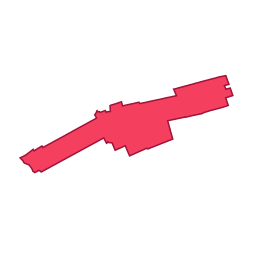 the district of Cuza Voda, Calarasi, Romania, rotated 66°
{"feature_id": "2599482B12109110667072", "entity_name": "Cuza Voda", "entity_type": "district", "adm_level": 2, "iso_a3": "ROU", "parent_name": "Romania", "parent_adm1": "Calarasi", "projection": "robinson", "projection_center": [27.269, 44.268], "detail": "fine", "context": "isolated", "style": "filled", "palette": "rose", "viewbox_px": 256, "rotation_deg": 66, "n_neighbors": 0, "source": "geoboundaries", "source_scale": "gbopen_adm2", "svg_char_len": 4930}
<svg xmlns="http://www.w3.org/2000/svg" viewBox="0 0 256 256"><g transform="rotate(66 128 128)"><path d="M156.4,91.7L155.6,91.5L154.1,91.3L149.9,90.7L148.0,90.5L147.3,90.3L147.1,90.3L146.9,90.3L146.8,90.2L146.7,90.1L146.4,90.1L144.8,89.9L144.0,89.8L142.0,89.5L140.8,89.3L139.6,89.1L138.6,89.0L137.5,88.8L140.0,77.2L140.7,73.9L141.3,71.2L141.5,71.2L141.9,69.3L142.8,64.5L144.5,56.6L144.9,55.0L144.9,54.9L144.8,51.7L144.9,51.0L145.1,49.8L145.2,49.0L145.3,48.0L145.5,46.1L145.7,45.1L145.9,43.6L146.3,41.5L146.8,38.0L147.1,36.7L147.2,35.8L147.3,34.8L147.5,33.8L147.6,33.0L147.7,31.9L147.8,30.8L147.9,30.2L148.0,28.7L148.1,28.0L148.2,27.2L147.0,27.1L145.6,27.0L144.4,26.9L143.8,26.8L142.6,26.7L141.9,26.6L141.0,26.6L140.6,26.5L140.2,26.5L140.3,25.2L140.4,24.2L140.5,23.6L140.6,23.2L140.6,22.9L140.4,22.7L140.5,22.1L140.7,21.2L140.8,20.5L141.0,19.4L141.0,19.0L139.4,18.9L138.2,18.8L134.6,18.5L133.1,18.3L132.9,19.5L132.7,20.7L132.4,21.9L132.3,22.8L131.3,22.8L130.3,22.7L129.3,22.7L128.4,22.7L128.6,21.7L128.7,20.8L129.0,19.4L129.1,18.6L129.2,18.0L124.3,17.7L120.0,17.3L119.9,17.4L119.6,18.8L119.2,20.4L118.7,22.7L118.5,23.5L118.4,24.3L118.2,25.4L117.9,27.7L117.7,28.9L117.6,29.6L117.4,30.6L117.3,31.4L117.1,32.0L117.0,33.2L116.8,34.1L116.8,34.5L116.6,35.6L116.0,39.1L115.3,43.7L114.5,48.7L114.3,50.3L114.1,51.7L113.8,53.5L113.7,53.8L113.6,54.7L113.5,55.4L113.3,56.8L113.0,58.6L112.8,59.5L112.8,60.0L112.7,60.5L112.6,61.3L112.4,62.2L112.3,63.1L112.2,63.5L112.1,64.4L112.0,64.8L111.9,65.4L111.8,66.3L111.7,67.1L111.6,67.6L111.5,68.4L111.4,69.1L111.3,69.6L111.2,70.3L111.1,70.5L118.2,70.6L117.3,74.7L116.8,77.3L116.2,79.8L115.6,82.9L114.9,86.5L113.9,91.0L113.2,94.4L112.6,96.9L112.3,98.9L111.9,100.8L111.6,102.2L111.2,103.8L110.6,107.0L110.4,107.3L109.6,107.3L109.4,107.3L109.2,107.3L109.0,107.5L108.9,107.6L108.6,109.1L108.4,110.2L108.1,111.5L107.9,112.8L107.7,113.9L107.3,115.5L106.8,117.8L106.1,121.4L105.6,124.0L101.4,123.3L101.1,126.2L100.9,128.5L100.9,129.2L100.8,129.8L100.6,131.2L100.6,131.3L100.4,133.0L100.2,134.2L100.2,134.3L100.2,135.1L100.2,135.3L101.5,135.8L103.5,136.6L105.7,137.4L105.7,137.7L105.3,138.7L104.8,140.0L104.6,141.2L104.7,141.4L104.8,141.6L102.8,141.6L102.7,143.0L102.6,144.5L102.5,145.6L102.4,147.1L101.6,147.4L101.3,147.5L101.3,148.1L101.2,148.4L99.8,149.3L99.6,149.3L99.7,149.5L100.2,150.0L100.5,149.8L100.8,150.2L101.2,151.1L101.7,151.9L102.4,153.0L102.9,153.0L105.0,152.8L106.1,152.7L106.3,153.9L106.4,155.6L106.6,157.1L106.6,158.4L106.7,159.0L106.7,159.8L106.9,161.3L106.9,161.7L107.0,162.7L107.1,163.7L107.2,164.8L107.3,166.1L107.3,166.8L107.4,168.0L107.5,168.6L107.6,169.6L107.6,170.4L107.9,173.8L108.1,176.0L108.3,178.3L108.3,178.8L108.5,180.8L108.6,181.2L108.9,185.4L109.1,187.6L109.2,188.2L109.4,191.2L109.6,193.2L109.6,194.1L109.8,195.9L110.0,199.2L110.3,202.3L110.3,203.0L110.5,204.5L110.6,206.3L110.6,206.6L110.9,209.9L111.0,211.6L111.0,212.7L111.1,213.8L109.4,213.9L109.9,217.8L110.4,221.6L110.7,223.1L108.9,223.3L109.6,226.0L111.0,232.0L111.2,233.6L111.4,238.7L111.7,238.6L115.0,237.4L115.3,237.2L116.5,237.3L117.8,237.0L118.7,236.1L120.1,234.8L121.1,233.7L121.8,233.4L123.5,232.9L124.5,232.7L125.7,232.5L126.6,232.4L127.0,232.4L127.9,232.4L128.6,232.5L128.8,232.5L129.3,232.2L130.5,231.4L130.8,231.3L130.6,227.3L130.5,227.2L130.6,226.7L130.6,226.4L131.7,225.8L132.9,225.2L132.3,217.9L132.3,217.4L132.2,216.6L132.1,215.3L132.0,214.6L132.0,214.3L131.9,213.5L131.9,213.0L131.8,212.5L131.8,212.1L131.8,211.8L131.7,210.5L131.7,210.1L131.6,208.7L131.5,207.9L131.4,207.3L131.4,206.5L131.3,205.9L131.3,205.6L131.3,205.4L131.2,204.3L131.1,203.2L131.0,201.8L130.9,200.9L130.8,199.6L130.8,198.8L130.7,197.7L130.6,197.2L130.5,196.3L130.4,194.4L130.3,193.2L130.2,191.9L130.1,190.5L130.0,190.1L130.0,189.9L130.0,188.7L129.6,184.5L129.5,183.7L129.5,182.4L129.4,181.7L129.3,180.3L129.1,178.3L129.0,176.7L128.8,174.8L128.7,172.9L128.6,171.6L128.5,171.0L128.5,170.4L128.4,169.1L128.2,167.2L128.2,166.1L128.1,165.4L128.0,164.1L128.0,163.4L127.9,162.9L127.8,162.0L127.8,161.2L127.7,160.9L127.7,160.6L127.7,160.2L127.6,159.0L127.4,157.1L127.4,156.0L127.2,154.2L132.7,153.9L133.1,153.8L133.3,153.8L133.4,153.7L132.5,152.2L133.7,151.2L135.1,148.6L143.1,148.8L143.1,148.6L143.1,148.0L143.1,147.0L143.1,145.6L143.1,144.6L143.1,143.8L143.1,143.1L143.1,142.3L143.1,141.6L143.1,141.2L143.1,140.5L143.1,139.6L143.1,139.4L143.0,138.4L143.1,137.7L151.5,137.9L154.1,137.9L154.1,137.2L154.1,134.9L154.1,134.5L154.1,133.6L154.1,131.7L154.1,129.6L154.1,127.4L154.1,126.6L154.1,125.8L154.1,125.0L154.1,124.6L154.1,123.8L154.1,123.2L154.1,122.9L154.1,122.5L154.1,122.2L154.1,121.6L154.1,121.3L154.1,121.0L154.1,120.6L154.1,120.3L154.1,120.0L154.1,119.7L154.1,119.1L155.0,118.8L155.2,118.5L155.2,118.1L155.2,117.7L155.3,117.2L155.3,116.8L155.3,116.0L155.3,115.9L155.3,115.7L155.3,115.3L155.3,114.9L155.4,113.8L155.4,113.1L155.6,109.2L155.8,103.6L156.2,94.8L156.4,91.7Z" fill="#f43f5e" stroke="#9f1239" stroke-width="1.5"/></g></svg>